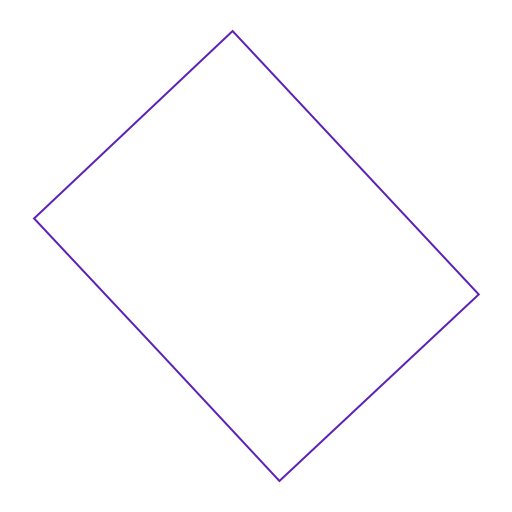 the district of Monroe, Iowa, United States of America, rotated 227°
{"feature_id": "52423323B33016719022729", "entity_name": "Monroe", "entity_type": "district", "adm_level": 2, "iso_a3": "USA", "parent_name": "United States of America", "parent_adm1": "Iowa", "projection": "orthographic", "projection_center": [-92.869, 41.03], "detail": "fine", "context": "isolated", "style": "outline", "palette": "violet", "viewbox_px": 512, "rotation_deg": 227, "n_neighbors": 0, "source": "geoboundaries", "source_scale": "gbopen_adm2", "svg_char_len": 236}
<svg xmlns="http://www.w3.org/2000/svg" viewBox="0 0 512 512"><g transform="rotate(227 256 256)"><path d="M255.2,119.8L75.5,119.7L76.0,392.7L436.5,392.3L434.8,119.3L255.2,119.8Z" fill="none" stroke="#5b21b6" stroke-width="2"/></g></svg>